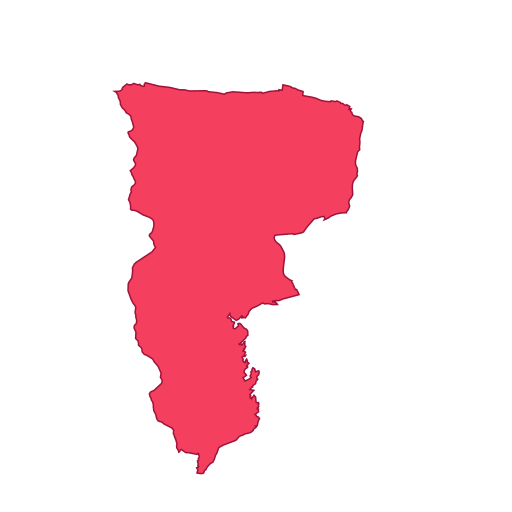 Capreni, Gorj, Romania, rotated 346°
{"feature_id": "2599482B54330131448455", "entity_name": "Capreni", "entity_type": "district", "adm_level": 2, "iso_a3": "ROU", "parent_name": "Romania", "parent_adm1": "Gorj", "projection": "equal_earth", "projection_center": [23.598, 44.73], "detail": "fine", "context": "isolated", "style": "filled", "palette": "rose", "viewbox_px": 512, "rotation_deg": 346, "n_neighbors": 0, "source": "geoboundaries", "source_scale": "gbopen_adm2", "svg_char_len": 6109}
<svg xmlns="http://www.w3.org/2000/svg" viewBox="0 0 512 512"><g transform="rotate(346 256 256)"><path d="M284.4,288.4L282.6,286.9L279.2,282.6L278.5,280.3L278.5,278.6L278.9,276.7L280.0,273.2L283.6,263.9L284.1,260.5L283.9,258.4L282.5,252.8L281.5,250.6L278.9,247.2L278.0,244.6L278.0,242.6L279.5,240.4L294.1,242.7L296.8,243.3L298.1,244.3L305.7,244.6L307.9,244.2L312.5,240.2L321.4,234.0L324.4,234.2L328.5,233.7L331.3,234.0L331.7,234.5L331.6,235.4L332.0,236.4L331.0,237.4L335.3,236.6L338.4,235.4L344.1,234.6L349.5,234.9L354.1,235.9L354.8,234.9L357.0,233.0L359.0,230.2L358.8,226.7L360.2,224.1L362.5,222.4L364.7,219.9L366.0,213.0L366.8,210.2L367.8,208.2L369.2,206.4L373.2,203.4L373.9,202.3L373.6,200.7L374.9,198.8L375.5,195.4L374.7,191.6L375.5,187.9L379.8,179.5L382.4,177.9L382.6,175.9L384.3,170.9L385.0,167.1L387.4,162.1L389.2,159.8L392.2,152.3L392.8,151.5L392.0,150.4L391.5,148.0L389.1,145.6L385.4,144.0L384.1,142.6L383.7,141.7L383.7,139.8L382.9,138.8L382.9,137.3L382.2,136.8L383.8,136.6L384.1,136.3L382.0,135.6L383.2,133.7L381.1,131.6L380.5,131.2L379.7,131.5L378.4,130.9L377.0,128.9L375.1,128.4L374.9,127.4L372.0,125.1L370.5,125.4L366.3,123.6L365.4,124.3L360.1,122.4L356.8,120.8L352.1,117.3L349.0,115.6L340.6,111.8L340.2,111.4L341.5,107.8L337.0,105.1L334.1,102.5L332.8,102.3L329.9,99.6L323.6,96.4L321.5,101.5L318.6,100.2L318.5,101.2L309.3,99.6L301.5,99.7L301.1,98.6L299.3,98.0L299.0,98.3L293.2,96.6L286.8,95.5L273.4,91.1L266.8,90.6L264.4,91.3L257.7,88.0L249.3,85.0L248.7,84.2L247.3,83.5L231.4,79.8L226.9,77.5L222.5,76.4L213.0,71.5L203.1,67.8L190.6,61.1L189.0,62.6L188.8,64.2L187.2,64.0L185.2,62.4L184.8,61.3L182.7,61.3L179.2,59.0L176.4,59.7L173.8,59.0L172.4,57.9L167.7,60.0L166.8,60.9L166.3,62.0L164.8,62.9L163.1,63.0L158.7,62.1L160.0,63.4L161.1,66.8L160.8,69.0L161.7,73.1L161.1,76.1L162.0,79.7L164.1,83.0L164.7,85.5L167.4,88.3L168.4,90.3L168.1,93.0L168.5,95.7L168.5,101.6L166.8,103.5L164.9,104.4L162.1,104.7L161.6,105.7L162.2,108.1L162.1,109.5L162.7,111.1L165.8,115.9L167.1,120.5L167.4,123.2L164.3,129.4L161.5,131.4L160.5,132.8L160.4,133.6L161.4,137.1L161.1,138.6L158.8,140.7L154.6,142.8L155.2,144.4L155.4,147.6L156.1,149.5L156.3,151.7L156.9,153.3L156.8,155.7L156.4,156.4L155.1,157.5L152.1,158.9L150.6,161.5L150.5,164.0L149.3,164.8L145.9,170.5L146.7,173.6L146.4,177.4L145.6,180.1L146.2,181.3L148.7,182.1L151.4,183.8L156.5,188.9L162.2,192.9L164.4,195.4L164.9,196.7L165.0,198.4L164.2,202.1L161.6,206.8L160.4,208.1L158.0,209.3L157.4,210.3L157.8,211.8L160.2,216.8L159.8,219.2L159.9,221.2L160.7,223.2L156.2,226.8L138.5,233.0L136.0,234.4L133.3,237.5L132.6,241.0L130.2,247.2L125.9,251.1L125.2,252.5L123.4,258.8L124.4,268.2L125.4,272.2L126.7,275.2L126.9,276.9L125.1,281.2L124.9,282.8L125.2,284.2L124.6,286.1L124.7,289.0L124.4,290.4L123.5,292.6L121.3,293.9L120.5,295.4L120.3,296.6L121.1,300.8L119.2,307.0L121.0,309.7L120.9,312.2L120.4,314.1L122.4,317.0L122.8,319.4L122.4,320.7L122.5,321.8L123.9,324.6L125.6,325.6L130.8,330.9L131.7,334.1L134.3,339.3L135.6,346.7L133.9,350.6L134.9,353.9L134.2,355.8L133.5,356.8L124.4,361.8L120.9,362.4L119.2,363.8L119.2,367.0L119.7,368.3L119.6,370.3L120.4,372.7L120.4,375.4L119.8,377.8L119.4,381.5L120.4,385.5L120.3,389.8L121.2,392.4L124.4,394.4L126.3,396.9L133.0,402.7L132.9,403.2L134.0,405.0L132.8,408.3L133.3,410.0L133.1,410.7L133.4,411.7L133.2,412.5L133.8,413.8L133.5,414.6L133.9,415.7L133.7,417.1L134.0,419.0L133.1,420.6L132.7,423.1L133.6,425.7L133.6,427.6L134.4,427.4L135.7,426.0L136.7,425.6L140.2,429.7L143.8,430.9L150.5,434.1L151.0,434.2L152.1,433.5L152.3,434.0L152.5,437.1L151.0,438.6L151.0,439.9L149.6,440.7L149.6,443.7L148.8,445.5L148.9,446.0L149.4,446.4L148.5,447.1L147.2,447.1L147.8,450.0L146.4,451.7L146.3,452.4L150.1,453.9L152.2,454.1L153.0,453.5L154.2,451.7L155.7,451.2L157.6,448.9L161.6,446.3L164.2,445.7L166.4,443.1L168.6,439.5L170.0,438.2L173.6,432.9L178.3,431.6L191.6,430.0L192.9,429.4L195.2,427.5L197.2,426.8L200.0,426.6L202.1,426.0L207.9,426.0L211.0,424.7L211.1,424.1L211.8,423.5L214.8,422.1L215.0,421.7L214.4,421.0L216.1,421.0L218.3,416.6L220.0,414.8L219.5,414.2L219.8,413.8L219.7,413.3L218.7,412.3L217.7,412.0L217.6,410.5L216.6,409.5L220.9,407.7L220.9,406.0L221.4,405.2L220.2,404.7L220.6,403.6L221.5,403.5L222.3,402.4L222.2,400.8L222.8,400.5L223.1,399.3L222.9,398.7L221.3,398.6L220.7,397.8L221.5,392.8L220.4,390.6L217.0,393.5L217.0,392.3L216.1,392.2L216.2,391.0L217.1,390.4L216.5,389.0L221.4,385.8L217.7,384.1L220.1,382.3L220.9,382.4L220.9,381.7L222.7,380.5L224.4,379.9L225.1,379.1L225.8,377.4L227.8,376.2L227.9,375.7L227.2,374.9L227.2,374.1L228.5,372.5L229.8,371.9L230.9,369.9L231.0,368.5L230.8,368.1L229.5,368.0L227.5,368.3L227.4,365.0L225.9,363.7L224.7,365.0L224.3,366.5L223.0,367.2L222.9,369.3L221.2,371.0L221.9,372.8L219.4,373.8L215.1,374.7L214.0,371.0L217.9,369.5L217.4,367.9L216.3,366.4L216.9,364.5L218.2,363.0L220.8,362.1L220.7,361.4L221.1,361.0L220.3,360.5L220.4,359.9L223.2,358.5L222.9,357.8L221.8,357.0L222.3,355.5L221.9,355.0L222.2,354.0L222.0,353.7L220.2,355.4L219.9,356.7L219.2,356.9L217.8,354.4L218.6,353.0L218.0,350.7L218.6,350.2L220.0,350.3L220.8,350.9L222.0,349.8L221.3,349.7L220.9,348.7L222.6,346.8L221.4,345.3L220.4,345.3L221.0,344.3L222.1,343.8L221.9,343.3L222.7,343.2L222.9,342.5L224.2,341.4L223.5,339.8L224.5,336.4L223.7,336.5L223.0,337.5L220.7,339.0L220.2,338.6L220.2,337.8L218.5,337.9L218.2,337.3L219.4,337.1L226.5,332.9L227.0,331.7L228.9,331.1L229.8,326.9L229.1,324.8L226.9,322.9L224.5,317.9L223.8,317.4L222.2,317.3L221.9,317.5L222.3,318.8L222.0,319.6L218.3,321.5L216.5,320.8L216.7,319.4L217.2,318.7L216.8,318.4L217.0,317.8L218.7,316.1L219.1,315.0L216.7,313.8L216.4,312.1L216.5,311.3L216.1,310.4L214.9,309.5L213.9,309.5L213.5,308.3L216.8,305.5L216.6,307.7L216.9,308.7L221.3,313.7L224.2,312.9L227.8,310.6L228.3,311.4L227.2,312.1L227.2,312.6L229.9,312.9L230.6,313.5L234.2,310.6L236.0,308.0L239.3,305.8L244.8,304.9L251.0,303.2L252.9,304.6L256.2,305.1L260.7,307.3L265.1,308.3L264.6,306.8L263.8,306.1L263.9,305.6L263.4,305.1L261.5,305.0L261.0,304.4L261.1,303.9L265.5,304.2L266.2,304.6L267.9,304.8L271.9,304.2L288.5,303.9L287.3,298.3L286.1,298.1L284.8,290.7L284.1,288.4L284.4,288.4Z" fill="#f43f5e" stroke="#9f1239" stroke-width="1.5"/></g></svg>